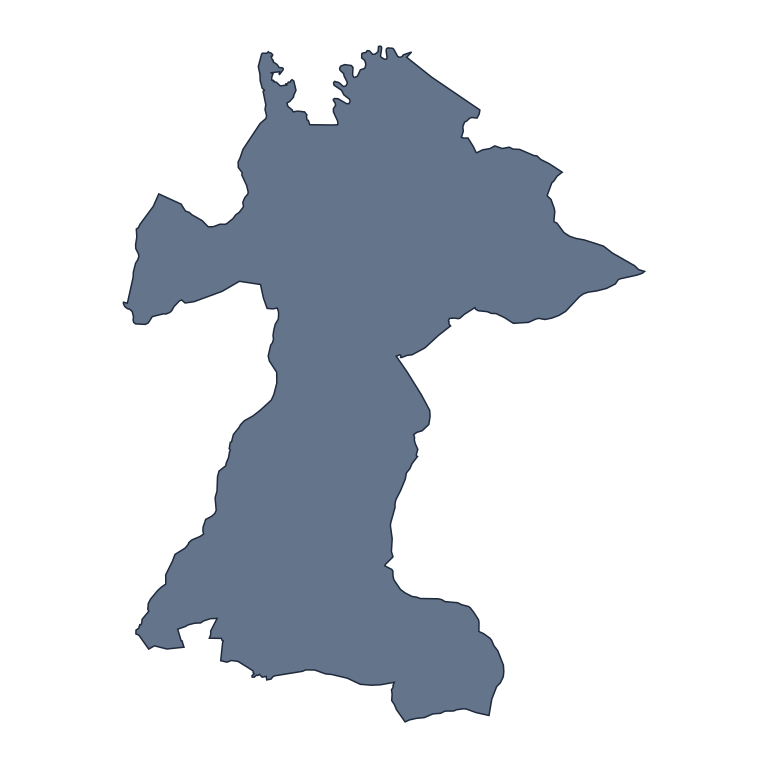 Cetatea De Balta, Alba, Romania (Natural Earth projection)
{"feature_id": "2599482B28912008723964", "entity_name": "Cetatea De Balta", "entity_type": "district", "adm_level": 2, "iso_a3": "ROU", "parent_name": "Romania", "parent_adm1": "Alba", "projection": "natural_earth1", "projection_center": [24.195, 46.219], "detail": "fine", "context": "isolated", "style": "filled", "palette": "slate", "viewbox_px": 768, "rotation_deg": 0, "n_neighbors": 0, "source": "geoboundaries", "source_scale": "gbopen_adm2", "svg_char_len": 6020}
<svg xmlns="http://www.w3.org/2000/svg" viewBox="0 0 768 768"><path d="M489.0,715.5L491.8,699.1L496.7,686.5L500.3,682.9L503.3,676.7L503.8,671.5L503.4,665.1L497.8,650.8L493.8,645.5L491.6,640.3L489.9,638.2L483.7,633.7L478.9,631.5L479.0,622.3L478.5,619.7L473.8,612.4L470.1,607.6L468.5,606.5L461.7,604.7L457.6,602.7L445.0,601.6L441.7,599.6L438.2,598.8L420.2,598.5L416.5,597.1L412.2,596.5L405.4,593.1L400.5,589.5L394.0,580.0L393.0,576.1L392.9,571.2L391.9,569.5L384.9,565.9L385.3,564.5L393.0,556.9L391.4,551.5L392.2,538.7L390.4,525.7L390.7,523.0L395.0,507.5L395.0,503.9L395.9,499.7L400.6,490.5L405.3,479.1L406.4,473.0L409.9,468.6L412.0,463.7L417.5,456.5L416.5,456.0L416.3,454.5L417.8,449.4L415.1,443.2L414.3,439.7L414.6,437.6L413.7,434.6L416.9,432.3L422.1,430.8L428.8,424.5L430.1,416.4L429.7,410.4L421.5,395.0L407.3,372.2L396.2,356.1L399.8,354.8L400.8,355.5L400.5,357.4L401.4,357.6L407.4,355.3L412.0,354.8L424.9,347.9L438.7,335.2L450.6,325.9L449.0,324.1L449.0,321.5L448.4,320.4L449.6,318.4L454.7,318.1L458.3,318.7L460.1,318.1L464.2,314.4L474.9,307.6L475.6,309.2L478.2,310.7L487.3,311.7L491.4,313.4L496.1,313.6L504.8,317.8L513.3,323.3L528.4,322.4L536.0,319.0L538.9,318.4L544.9,319.5L551.8,318.1L559.0,315.4L565.6,311.4L579.3,296.8L583.1,294.0L588.0,292.2L596.9,290.9L606.6,288.4L615.4,283.9L618.0,280.0L619.8,278.9L637.0,275.1L642.0,273.4L644.6,271.4L638.6,269.6L634.7,265.8L612.2,252.9L603.5,246.1L584.2,239.9L575.8,238.4L569.7,236.3L564.0,232.6L556.9,223.1L554.3,221.9L553.9,220.6L554.8,211.5L554.2,208.3L551.0,199.4L547.4,196.0L547.3,195.1L551.8,182.9L553.8,181.1L557.1,176.2L562.2,172.2L549.2,163.7L540.8,159.5L537.0,155.9L533.8,155.5L519.6,149.4L513.1,149.1L509.2,147.2L502.3,148.5L494.8,145.9L489.9,148.6L482.7,149.8L476.8,152.7L476.0,152.3L473.5,146.9L468.0,138.0L463.8,138.1L461.4,137.2L463.3,131.3L462.8,126.8L464.6,122.0L466.5,121.2L469.6,118.3L471.8,117.5L477.0,118.1L479.2,114.0L479.9,110.0L431.6,77.1L406.7,57.3L411.6,52.0L403.4,54.8L402.1,56.5L400.2,57.3L399.1,57.1L397.7,56.4L393.8,49.3L392.7,48.3L387.7,47.9L386.4,48.9L386.1,50.9L387.1,57.6L386.4,59.0L384.7,59.3L381.3,57.4L380.5,56.2L381.7,48.0L381.4,46.8L380.4,46.1L378.5,46.5L378.1,51.7L374.9,54.2L372.6,54.3L369.5,50.9L367.2,50.6L366.1,52.3L362.2,53.2L361.7,54.1L361.7,58.0L364.6,60.3L365.5,62.9L365.8,64.6L365.1,67.5L364.5,68.4L360.4,69.8L357.5,76.1L354.9,77.4L353.8,77.2L353.0,76.0L352.6,74.6L353.0,67.4L351.3,65.5L344.5,64.6L340.6,66.2L339.6,68.4L340.0,70.2L343.6,73.6L344.1,76.0L347.3,82.4L347.1,83.7L345.7,86.1L343.4,86.5L339.0,82.6L334.7,81.4L333.6,82.6L334.0,85.2L341.4,90.2L344.0,95.0L349.1,98.9L350.0,100.3L350.0,101.7L349.0,103.6L346.6,103.7L338.0,98.7L334.7,98.5L333.3,99.3L333.5,100.7L335.2,103.1L335.6,105.4L333.4,108.5L333.4,111.9L337.5,120.8L337.9,123.3L337.6,124.8L331.8,125.0L309.7,124.7L308.4,120.5L306.9,119.7L306.5,116.1L306.9,114.9L304.6,111.9L297.7,111.1L293.5,111.8L292.9,111.6L292.2,109.9L287.9,106.4L287.0,103.0L289.7,101.5L293.6,97.0L293.7,95.5L296.0,90.3L293.8,81.0L292.1,79.7L290.8,80.6L290.3,82.2L288.3,82.1L287.5,83.8L285.8,83.8L285.6,84.5L286.3,85.1L280.2,85.9L276.4,82.2L274.9,82.1L273.8,80.8L273.3,81.3L272.9,80.2L271.6,80.1L271.8,77.2L273.0,73.6L270.6,72.8L279.6,71.7L279.1,73.9L279.6,74.4L283.1,69.9L283.2,68.5L282.0,67.7L279.2,67.6L277.1,64.5L273.2,61.8L273.2,60.2L272.3,59.8L271.1,56.3L272.4,56.0L272.7,54.8L271.2,53.1L269.1,52.6L268.4,51.7L266.7,53.3L262.5,53.2L261.6,54.1L258.3,66.5L259.9,74.1L260.2,80.7L262.2,88.2L264.5,90.3L263.1,91.4L265.8,104.8L265.0,109.5L266.6,115.8L265.9,118.5L260.2,123.4L243.0,149.3L240.0,158.1L238.1,162.0L238.3,167.5L242.2,172.7L241.8,175.0L246.6,185.4L248.2,192.1L247.9,193.9L244.8,197.6L243.4,200.8L242.8,202.7L243.5,206.3L243.2,207.1L239.2,212.4L235.7,214.8L233.2,218.4L226.8,223.6L225.0,224.3L220.0,224.2L213.2,226.7L208.2,226.8L202.3,220.7L191.6,214.6L189.5,212.5L185.4,211.0L181.1,204.1L158.8,193.9L153.3,206.3L139.9,224.4L138.4,227.6L136.3,229.1L136.8,236.9L135.6,244.7L135.8,248.7L138.4,253.8L138.9,256.5L137.7,259.8L135.6,263.2L133.3,272.2L133.2,276.9L127.4,303.1L123.5,302.2L123.4,303.6L124.7,306.5L127.3,308.6L129.9,309.4L132.2,311.5L133.5,316.7L133.1,320.2L133.7,322.4L135.6,323.9L145.3,324.4L148.2,323.0L152.3,316.6L163.7,313.8L166.1,314.0L169.9,312.4L171.7,310.7L174.1,306.5L179.5,300.8L181.7,300.0L185.1,303.0L194.0,301.7L222.0,291.4L239.4,281.3L260.5,284.5L263.4,297.9L267.1,308.4L272.9,308.9L277.3,308.1L278.5,311.8L278.6,314.9L278.3,319.1L275.2,324.3L273.7,330.7L273.0,335.5L273.5,339.3L272.3,343.0L270.7,345.1L268.2,356.0L269.4,361.1L276.7,372.3L276.8,383.1L273.9,394.3L271.3,400.1L260.4,410.1L253.0,415.9L244.5,420.6L240.5,424.7L239.3,427.1L233.4,434.5L231.5,441.9L230.3,442.3L229.2,448.8L230.2,449.7L230.2,450.7L229.5,451.8L228.5,457.7L226.2,463.1L225.7,465.8L219.0,471.1L217.5,476.8L217.0,491.0L215.1,497.8L216.2,510.3L214.8,513.5L211.6,516.3L205.7,519.4L203.1,527.1L202.9,531.0L203.6,534.0L200.2,536.4L191.7,540.0L188.9,542.5L188.1,544.5L185.1,548.1L175.0,554.4L172.3,561.5L165.7,574.8L165.8,584.1L161.6,586.9L157.6,590.6L150.5,599.2L148.3,603.5L147.8,609.2L148.8,611.2L142.1,619.3L141.8,622.7L140.9,624.9L139.8,624.7L138.7,628.3L136.0,630.1L135.9,633.9L138.9,635.2L148.7,649.1L154.4,645.8L166.8,649.0L184.0,647.2L182.0,640.8L181.2,640.8L177.7,629.2L185.4,626.5L188.0,624.9L194.7,623.2L200.7,622.9L203.4,621.0L210.4,618.7L217.1,618.4L210.7,631.0L210.7,634.7L209.3,638.2L221.4,638.4L222.2,640.6L223.3,640.9L222.6,642.8L220.7,660.7L226.9,662.2L231.3,660.5L238.0,661.4L253.0,670.8L253.2,672.8L254.1,673.7L252.0,675.7L252.2,677.2L254.2,677.2L256.5,675.1L257.7,675.5L259.4,674.4L262.2,677.2L266.3,676.4L266.7,679.9L271.0,679.1L273.1,676.5L274.9,675.8L302.6,671.3L305.7,669.9L314.7,670.0L325.6,673.9L331.8,674.5L347.3,678.2L360.3,684.3L371.1,685.2L380.4,684.8L394.3,682.3L393.0,685.3L393.1,687.4L391.5,689.7L392.1,694.2L391.7,700.6L394.6,705.0L396.3,709.4L405.1,721.9L409.5,719.9L416.7,718.3L424.3,717.6L433.0,713.9L440.6,713.3L445.0,711.1L453.7,711.0L456.7,709.7L463.4,708.8L466.5,709.1L475.8,712.5L489.0,715.5Z" fill="#64748b" stroke="#1e293b" stroke-width="1.5"/></svg>